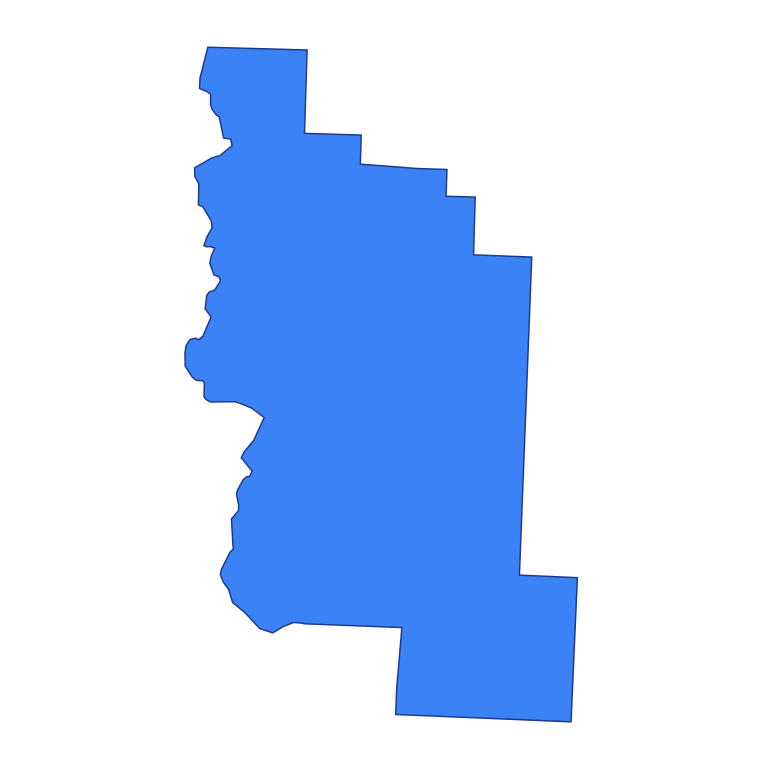 Clark, Idaho, United States of America, rotated 272°
{"feature_id": "52423323B27983791088415", "entity_name": "Clark", "entity_type": "district", "adm_level": 2, "iso_a3": "USA", "parent_name": "United States of America", "parent_adm1": "Idaho", "projection": "orthographic", "projection_center": [-112.256, 44.271], "detail": "fine", "context": "isolated", "style": "filled", "palette": "blue", "viewbox_px": 768, "rotation_deg": 272, "n_neighbors": 0, "source": "geoboundaries", "source_scale": "gbopen_adm2", "svg_char_len": 1391}
<svg xmlns="http://www.w3.org/2000/svg" viewBox="0 0 768 768"><g transform="rotate(272 384 384)"><path d="M54.1,407.2L52.9,582.7L197.2,584.0L197.7,526.0L457.4,527.0L516.0,527.2L516.2,469.0L574.0,468.6L573.8,439.5L600.6,439.4L600.5,410.1L602.9,352.7L632.0,352.5L631.7,295.8L715.1,295.5L714.4,196.2L683.7,189.5L672.9,189.3L670.4,196.1L667.6,200.6L657.2,200.9L652.8,202.5L646.8,207.2L645.5,209.9L624.2,215.1L623.5,222.2L617.0,223.8L606.9,212.6L603.6,203.4L593.4,187.2L585.1,187.7L577.7,191.9L556.5,192.3L554.8,196.8L540.8,205.8L533.9,206.6L525.0,202.0L516.0,199.2L514.9,201.8L515.3,205.2L514.0,210.1L506.1,207.0L498.6,205.6L487.0,210.4L485.6,215.0L483.1,216.6L480.6,216.6L471.8,211.4L469.9,206.2L466.4,203.8L452.9,202.6L445.7,208.4L443.7,208.4L425.6,201.4L421.9,197.4L423.2,193.6L421.6,188.5L415.6,184.9L408.0,184.0L394.8,184.7L384.6,191.9L382.1,194.7L381.0,197.0L381.0,202.5L379.0,204.4L364.9,204.6L362.3,206.7L360.0,211.2L361.1,235.2L360.0,239.8L355.3,252.6L346.3,265.4L323.4,255.9L311.5,246.8L305.3,243.9L292.3,255.2L286.9,252.9L286.7,250.3L283.5,246.6L272.4,241.1L268.3,240.5L257.3,243.1L252.2,242.8L243.8,236.3L218.2,238.6L213.8,239.2L210.6,236.0L193.1,228.0L187.7,227.1L180.1,230.5L173.4,235.8L160.4,240.3L150.3,253.4L135.3,268.2L131.4,281.5L138.1,291.7L142.5,301.9L142.1,311.4L141.6,312.1L141.2,410.4L80.5,407.3L54.1,407.2Z" fill="#3b82f6" stroke="#1e3a8a" stroke-width="1.5"/></g></svg>